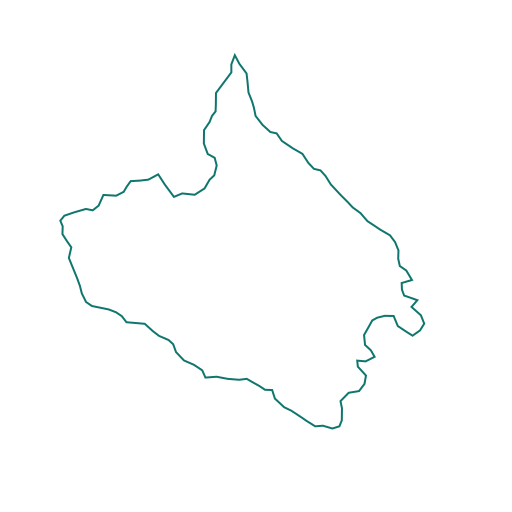 the district of Aparecida d'Oeste, São Paulo, Brazil, rotated 309°
{"feature_id": "56859067B28943680298360", "entity_name": "Aparecida d'Oeste", "entity_type": "district", "adm_level": 2, "iso_a3": "BRA", "parent_name": "Brazil", "parent_adm1": "São Paulo", "projection": "robinson", "projection_center": [-50.917, -20.479], "detail": "fine", "context": "isolated", "style": "outline", "palette": "teal", "viewbox_px": 512, "rotation_deg": 309, "n_neighbors": 0, "source": "geoboundaries", "source_scale": "gbopen_adm2", "svg_char_len": 1826}
<svg xmlns="http://www.w3.org/2000/svg" viewBox="0 0 512 512"><g transform="rotate(309 256 256)"><path d="M389.3,116.3L383.2,121.3L357.5,122.3L347.9,129.9L342.9,133.6L337.3,133.6L330.9,135.6L321.1,136.4L310.6,144.7L304.9,154.3L306.3,162.1L301.6,168.5L292.4,172.8L286.1,171.9L276.1,173.5L265.0,169.8L258.2,159.3L250.3,155.0L254.1,140.3L257.9,128.6L247.6,124.3L241.5,118.3L235.3,111.5L228.4,111.9L222.6,112.8L214.9,109.4L207.4,99.0L196.1,102.0L188.8,100.4L185.5,94.2L175.3,87.1L166.7,81.7L160.3,81.7L157.4,87.1L151.2,91.8L148.6,99.6L146.5,107.0L136.7,111.8L126.2,130.9L122.0,137.9L117.3,144.2L113.3,152.9L113.9,160.0L121.8,175.2L124.2,182.7L124.8,189.6L123.0,197.0L128.9,205.7L133.3,212.2L132.7,223.2L132.9,231.0L135.7,241.0L135.3,247.2L131.0,254.3L129.5,265.8L132.4,276.3L133.3,286.2L129.7,293.2L137.4,301.4L142.7,311.3L149.2,320.8L154.7,326.1L155.8,333.0L157.1,340.5L157.7,347.2L162.0,352.9L157.1,360.4L156.2,373.0L158.0,380.8L159.1,391.9L159.7,399.4L160.9,409.2L166.2,414.8L170.0,423.9L176.1,428.0L182.3,426.1L191.7,418.7L196.4,413.0L208.0,414.1L215.9,421.1L224.9,420.8L232.3,416.7L234.1,404.8L238.4,400.5L243.1,407.5L252.3,411.6L255.0,404.6L255.5,396.7L262.6,389.7L271.7,388.2L279.1,386.9L284.3,389.0L290.5,393.7L296.0,400.7L290.8,410.3L291.7,420.0L292.6,427.8L301.4,430.3L309.3,429.3L313.7,421.5L314.3,408.9L323.2,409.2L318.5,396.0L321.7,390.6L326.7,386.2L335.5,392.3L339.3,381.9L338.7,374.1L343.4,368.2L350.0,363.2L354.3,355.4L356.4,347.1L354.7,336.3L354.0,328.5L353.2,320.8L355.1,310.2L354.6,300.7L355.7,292.7L356.7,283.2L358.7,269.1L361.9,259.8L363.1,252.2L360.2,246.2L361.3,238.0L364.6,227.8L362.8,216.6L361.7,203.7L364.3,194.9L361.4,189.2L362.0,178.6L364.6,167.5L369.9,161.1L373.5,155.9L378.4,147.2L385.5,140.3L391.9,133.8L394.9,122.1L398.7,113.2L389.3,116.3Z" fill="none" stroke="#0f766e" stroke-width="2"/></g></svg>